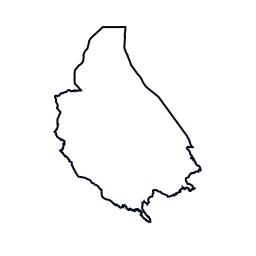 the district of Santa Rosa, Bolívar, Colombia, rotated 135°
{"feature_id": "7082276B66298058490333", "entity_name": "Santa Rosa", "entity_type": "district", "adm_level": 2, "iso_a3": "COL", "parent_name": "Colombia", "parent_adm1": "Bolívar", "projection": "equal_earth", "projection_center": [-75.336, 10.472], "detail": "fine", "context": "isolated", "style": "outline", "palette": "ink", "viewbox_px": 256, "rotation_deg": 135, "n_neighbors": 0, "source": "geoboundaries", "source_scale": "gbopen_adm2", "svg_char_len": 5753}
<svg xmlns="http://www.w3.org/2000/svg" viewBox="0 0 256 256"><g transform="rotate(135 128 128)"><path d="M123.6,38.2L124.0,39.4L124.1,40.0L123.9,40.5L123.5,40.9L123.3,41.6L123.7,43.0L123.7,44.0L125.4,46.4L124.3,49.5L123.6,50.8L122.8,51.3L121.9,51.4L120.5,50.5L119.4,50.5L118.7,51.0L116.2,51.3L115.7,51.1L115.4,51.5L114.1,50.2L113.2,50.1L113.1,49.6L112.8,49.3L111.8,49.5L110.0,48.6L109.2,47.3L108.6,47.8L107.9,47.9L107.5,48.2L106.8,46.7L106.3,46.9L106.2,47.2L106.4,47.6L106.3,48.0L105.6,47.9L105.0,49.1L104.6,50.7L104.7,51.3L105.3,51.9L105.5,52.3L105.4,54.5L105.1,55.5L104.5,55.7L104.4,58.1L104.2,58.5L104.5,59.6L104.4,61.6L105.0,63.3L104.3,61.7L104.3,59.6L104.0,58.6L103.8,58.6L103.5,59.5L103.2,59.8L103.3,60.5L102.9,62.5L102.5,62.9L102.5,65.1L102.2,66.0L101.7,66.3L101.2,67.1L100.7,70.4L100.9,70.9L100.9,71.3L100.4,72.4L99.7,72.2L99.2,72.4L98.9,72.0L98.6,72.0L98.0,70.8L97.2,70.3L95.9,68.9L95.6,71.8L93.2,76.4L91.9,80.9L84.4,128.5L85.6,139.4L86.1,144.7L85.2,149.4L84.0,152.7L83.3,155.2L83.0,159.8L81.3,170.4L79.5,173.9L78.4,176.8L76.5,180.8L76.1,182.6L74.2,186.8L73.6,187.6L71.7,189.3L65.3,194.9L65.4,195.3L59.4,200.2L58.5,201.3L74.6,217.3L75.3,217.2L90.8,217.8L94.0,217.0L95.9,215.6L100.3,213.0L101.4,212.8L102.9,212.9L105.9,212.2L108.1,210.9L109.1,209.6L112.6,206.9L114.4,206.5L116.8,206.5L118.3,207.0L124.3,206.4L125.0,206.1L127.8,203.8L129.5,201.9L131.8,199.9L134.2,197.0L134.2,194.9L134.6,187.8L135.3,188.1L135.9,189.0L136.8,189.8L137.9,190.2L138.2,191.3L139.2,192.5L139.8,191.9L140.1,192.5L141.1,193.4L141.6,193.6L142.0,194.2L142.4,194.3L142.6,194.8L142.6,195.1L142.4,195.4L142.6,196.2L143.4,197.0L144.4,197.0L145.1,197.3L145.5,197.3L146.3,197.1L147.9,198.4L148.7,198.4L149.7,198.9L150.4,199.8L151.1,199.6L151.9,199.9L153.7,199.6L154.7,200.3L155.4,200.2L155.7,200.7L155.8,201.5L156.1,201.9L157.1,202.1L157.8,201.5L158.6,199.1L160.4,197.4L161.1,195.0L161.8,193.5L162.3,193.1L164.1,192.5L164.6,187.5L164.5,186.9L172.0,183.9L172.3,183.3L173.4,182.6L174.4,180.9L174.9,180.9L174.9,180.1L175.3,180.3L176.7,178.7L178.1,177.9L178.8,177.8L179.1,177.6L179.5,177.7L179.9,177.3L180.5,177.4L181.1,177.3L182.6,177.3L182.4,175.6L183.1,174.4L183.5,174.4L184.3,171.9L184.3,171.1L184.0,170.4L184.0,169.3L183.7,169.0L183.7,168.6L183.9,168.4L183.7,168.0L183.9,167.4L183.0,167.1L182.9,166.1L183.1,165.9L182.6,165.6L182.5,164.9L182.1,164.0L182.9,163.4L183.0,162.9L183.4,162.2L183.7,162.0L184.4,162.4L184.5,161.4L185.3,161.5L185.5,161.7L185.7,161.3L186.6,160.8L187.3,160.4L187.6,160.4L187.8,159.7L188.5,159.3L189.3,159.6L190.0,159.3L190.3,159.4L190.4,158.9L190.6,158.9L190.7,159.0L190.7,159.4L190.9,159.4L191.0,159.0L191.1,159.8L191.5,159.9L191.6,159.3L192.0,159.6L192.1,158.0L191.8,156.9L192.0,156.8L192.1,156.5L191.8,156.2L192.3,155.3L192.1,154.0L192.4,153.5L192.1,152.8L192.5,152.8L192.6,152.5L192.4,152.4L191.7,149.8L192.1,147.8L192.1,147.4L192.4,147.5L192.6,146.8L192.6,146.1L193.0,145.6L192.5,145.0L192.1,143.8L192.4,143.0L194.0,141.5L194.2,141.0L194.2,139.7L195.1,138.5L195.2,137.1L195.8,136.0L196.3,133.9L196.8,132.7L196.9,131.1L197.5,129.1L197.4,128.7L197.0,127.9L196.1,126.9L193.5,122.9L192.7,120.2L192.1,119.1L191.7,117.4L191.9,116.8L192.3,114.9L191.5,113.1L191.4,111.0L190.5,109.3L190.3,108.3L190.8,106.0L190.7,104.6L190.9,103.7L190.4,103.3L190.5,103.1L191.9,101.4L192.9,100.5L194.1,99.0L194.5,98.3L194.8,96.1L194.2,93.7L192.5,90.8L191.9,89.4L191.6,87.2L191.8,86.0L191.6,85.9L191.5,85.1L191.5,84.6L191.5,84.1L191.5,82.8L191.2,82.8L191.1,82.2L190.6,82.4L190.0,81.8L190.2,80.7L190.0,79.9L189.6,79.1L190.0,78.4L189.8,77.2L189.2,76.5L188.2,76.7L188.1,76.2L187.7,75.7L187.6,76.2L186.9,76.1L186.2,76.8L185.8,75.8L185.2,76.1L184.9,76.0L185.4,75.2L185.1,74.1L184.7,73.7L185.4,72.5L185.7,72.4L185.9,71.9L185.5,70.5L185.7,69.7L185.4,69.5L185.3,70.4L185.0,69.9L185.2,69.7L184.9,69.4L184.8,69.7L184.6,69.7L184.3,69.1L184.0,69.3L183.8,69.7L183.6,69.7L183.4,69.4L183.4,68.2L183.1,67.6L183.3,67.0L182.8,66.7L182.9,66.4L182.7,66.0L182.2,66.5L181.9,66.1L182.2,65.9L182.1,65.6L182.5,65.6L182.6,65.3L182.2,64.5L181.8,64.7L181.4,64.6L181.2,65.3L180.6,65.2L180.7,64.6L180.5,64.4L180.3,64.6L180.2,64.2L179.8,64.1L179.2,64.6L178.7,64.1L178.6,63.9L179.1,63.2L179.1,62.8L178.2,62.9L178.1,62.0L178.7,62.1L178.9,61.6L178.0,61.1L177.9,60.7L178.4,60.0L177.8,59.6L177.8,59.1L178.1,59.0L178.2,58.6L178.5,58.6L178.7,58.0L179.4,58.1L180.3,57.9L180.5,57.6L180.4,57.1L180.5,56.6L180.1,56.1L180.5,55.7L180.7,54.7L180.4,53.1L180.7,52.6L180.2,51.3L180.2,50.4L180.2,50.2L180.5,50.3L180.6,50.1L180.4,49.2L179.9,48.9L179.7,48.5L179.9,47.4L179.7,46.7L179.3,46.2L178.5,45.8L178.2,46.0L178.0,46.6L176.8,47.9L176.7,49.1L176.6,49.8L176.2,50.4L176.2,50.7L176.7,51.2L176.8,51.6L176.3,52.2L176.3,52.4L176.5,52.7L176.6,53.8L176.4,54.9L175.9,56.0L176.1,57.3L175.5,58.7L175.2,60.3L174.9,61.1L174.1,61.8L173.8,62.3L173.0,62.5L172.3,63.0L170.9,64.9L170.7,65.0L170.1,64.6L169.4,64.4L168.5,64.7L168.7,63.7L168.3,62.7L168.1,61.4L168.4,60.4L165.5,60.8L165.0,62.4L164.3,63.1L163.6,63.3L163.1,63.8L160.9,63.6L159.3,62.4L159.0,62.5L157.2,63.9L155.8,64.2L155.6,64.7L154.6,66.1L153.5,65.7L152.8,64.8L151.9,64.3L151.7,63.0L151.2,61.3L150.1,59.8L150.3,58.0L149.2,55.7L148.0,52.4L148.4,51.1L147.4,50.4L145.0,49.3L144.1,48.5L143.0,48.7L143.0,48.0L142.6,48.2L141.9,47.4L141.1,47.0L140.9,47.0L140.4,47.9L140.2,47.9L139.9,47.7L139.8,47.1L139.0,46.9L138.0,47.0L136.3,45.8L136.1,45.9L136.3,46.5L136.1,46.7L135.8,46.5L135.7,47.2L134.7,47.4L133.0,46.9L132.7,47.6L132.7,46.9L132.4,46.7L132.2,46.9L132.1,46.4L131.5,46.2L131.2,46.7L131.2,46.3L130.8,46.0L131.0,45.5L130.7,45.6L130.5,44.4L129.4,44.6L128.5,44.3L127.8,42.4L128.0,42.0L128.4,41.9L128.9,41.4L128.8,39.6L128.5,39.4L127.8,39.8L127.6,39.3L127.0,39.1L126.3,39.6L125.6,39.6L125.1,39.3L125.0,38.6L124.8,38.2L123.6,38.2Z" fill="none" stroke="#020617" stroke-width="2"/></g></svg>